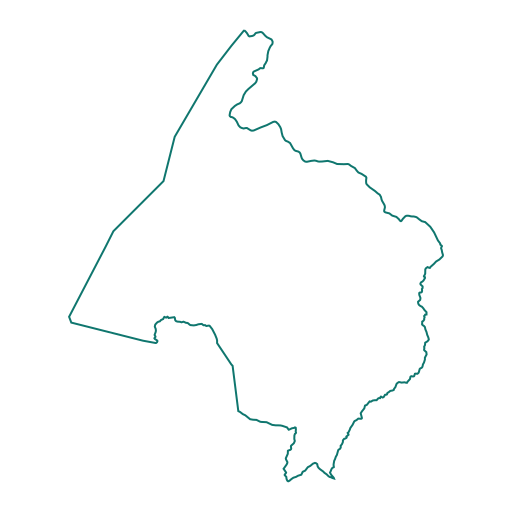 outline of Patuca, Olancho, Honduras
{"feature_id": "27666195B65375396253537", "entity_name": "Patuca", "entity_type": "district", "adm_level": 2, "iso_a3": "HND", "parent_name": "Honduras", "parent_adm1": "Olancho", "projection": "orthographic", "projection_center": [-85.91, 14.325], "detail": "fine", "context": "isolated", "style": "outline", "palette": "teal", "viewbox_px": 512, "rotation_deg": 0, "n_neighbors": 0, "source": "geoboundaries", "source_scale": "gbopen_adm2", "svg_char_len": 6076}
<svg xmlns="http://www.w3.org/2000/svg" viewBox="0 0 512 512"><path d="M143.0,340.7L155.6,343.0L156.2,342.9L157.0,342.2L157.4,341.3L157.3,340.6L154.8,338.9L154.4,338.3L154.5,338.0L155.5,336.8L155.4,336.3L154.8,335.4L154.6,334.9L155.6,332.2L155.9,330.8L155.7,328.9L154.8,326.7L155.1,325.1L155.3,324.5L157.1,322.5L158.2,321.8L159.9,321.3L160.9,320.1L163.2,319.0L164.0,317.3L164.4,316.9L166.1,317.6L166.5,317.5L167.2,316.8L167.5,316.7L167.8,316.9L168.6,318.0L174.3,317.2L174.8,317.8L175.2,320.1L175.7,320.8L176.2,321.2L177.4,321.6L180.1,321.8L181.5,322.3L183.5,321.7L186.2,322.9L187.2,322.9L188.0,323.2L189.7,324.7L190.5,325.1L193.8,325.4L196.3,325.0L198.3,324.3L201.5,323.9L202.1,324.1L202.7,324.7L203.8,325.3L205.0,325.1L206.3,326.0L208.8,325.6L209.4,325.7L209.7,325.9L212.2,329.1L215.1,334.7L216.7,338.7L217.1,340.5L217.1,343.1L231.3,364.4L232.6,365.8L238.3,411.1L240.1,412.0L242.8,414.1L245.3,415.3L250.1,419.2L252.9,419.7L256.5,419.9L259.9,421.6L261.0,421.9L266.6,422.2L272.2,424.9L275.5,425.3L280.2,425.4L282.2,425.8L287.0,427.4L288.7,429.7L289.4,429.5L291.9,428.3L294.1,427.9L294.9,427.4L295.3,427.5L295.7,427.7L295.9,429.3L295.7,431.5L296.0,432.7L295.7,433.3L294.9,433.9L294.4,435.5L294.3,439.0L294.8,440.9L294.7,441.3L293.8,443.3L291.1,445.7L290.9,446.4L291.2,448.5L291.0,449.2L290.4,449.8L288.1,450.6L287.9,450.8L287.8,453.8L285.8,458.3L286.0,459.4L287.4,462.1L287.3,463.0L286.7,464.4L283.6,468.8L286.1,472.5L285.9,473.1L284.7,474.6L284.7,475.1L286.3,476.9L286.5,478.7L286.9,479.9L287.5,480.9L288.2,481.3L289.4,480.8L291.5,479.0L293.4,477.7L296.0,476.9L298.1,475.7L301.3,474.7L302.7,471.8L305.2,470.6L307.8,467.2L310.3,465.9L312.9,463.7L314.9,462.9L316.0,463.2L317.2,464.1L317.7,466.5L318.6,467.9L320.0,469.2L323.3,471.6L324.4,472.8L326.6,474.3L328.6,476.3L329.8,477.0L331.1,477.3L332.4,478.0L334.0,478.5L333.7,477.7L331.1,474.7L330.0,472.6L331.0,470.5L331.3,469.5L331.9,468.5L332.5,467.8L333.8,467.2L333.8,466.5L333.6,465.4L333.6,464.3L334.2,460.8L335.0,459.2L335.8,456.8L336.9,454.9L338.2,450.2L338.6,449.7L339.9,448.9L340.4,448.2L340.8,447.1L340.6,445.9L342.0,444.1L342.7,442.5L342.9,441.9L342.9,440.5L343.3,439.8L344.2,438.8L345.1,438.6L346.4,437.9L346.7,437.2L346.4,436.5L348.5,434.8L348.5,434.3L347.8,433.4L347.7,432.9L348.3,432.6L349.7,429.9L350.4,427.9L352.6,424.8L354.2,421.5L354.7,421.0L356.5,420.1L358.3,418.6L361.1,418.8L361.8,418.4L361.9,417.9L360.7,413.3L361.9,411.4L364.3,408.4L365.0,405.6L365.5,405.3L366.2,405.2L366.9,404.8L369.6,401.4L370.8,401.7L372.8,400.5L374.9,400.2L376.6,400.2L378.1,398.5L378.9,398.1L380.1,398.1L380.4,397.2L381.0,396.6L382.5,397.5L383.5,397.2L383.9,396.7L385.0,394.8L386.7,394.6L387.1,394.1L387.2,393.4L387.5,392.9L388.7,392.2L390.3,390.9L392.5,390.5L393.7,390.0L394.1,388.8L395.4,387.1L396.5,384.0L397.3,383.1L398.8,382.1L399.4,382.1L401.6,382.6L404.5,382.3L406.3,382.8L407.1,382.7L407.4,381.9L410.0,379.0L410.4,376.9L410.7,376.5L411.4,376.2L412.9,376.5L413.9,376.3L414.2,376.0L414.9,373.8L415.8,373.6L417.3,373.8L418.3,373.1L418.9,372.0L419.7,369.0L420.3,368.4L421.5,367.9L422.2,367.2L422.7,365.8L422.9,364.5L424.0,362.5L424.9,359.6L424.9,357.7L426.6,354.4L426.3,352.1L424.2,350.2L424.1,349.3L424.4,348.0L424.1,346.9L425.0,345.0L425.2,342.7L427.5,341.3L428.6,339.9L428.8,339.3L428.3,337.4L427.2,334.8L426.5,332.0L425.4,329.4L424.9,327.1L424.1,326.1L422.5,325.0L422.0,324.1L422.2,323.3L422.2,321.6L423.4,320.8L424.2,319.6L424.2,318.3L424.6,317.3L424.1,316.1L424.7,315.6L425.1,314.7L426.5,314.5L426.5,312.2L424.3,309.8L423.4,308.4L421.9,306.7L420.4,306.0L419.1,305.0L418.4,303.9L418.1,302.8L418.1,301.7L420.1,300.0L420.4,298.7L420.4,297.8L419.3,294.9L419.2,293.1L419.7,292.6L421.3,292.4L421.8,292.0L422.1,290.9L421.9,289.0L422.6,288.0L422.6,286.4L420.7,284.6L420.4,284.0L420.4,283.5L421.0,282.4L422.5,281.5L423.5,280.5L425.0,278.0L424.9,277.1L424.5,276.7L424.0,276.6L423.9,276.2L424.8,274.7L425.2,273.6L425.3,269.4L425.8,268.4L427.5,267.1L429.4,267.9L429.9,267.9L430.4,267.0L433.9,263.9L436.1,261.5L439.4,259.5L442.5,256.5L442.9,255.6L442.9,254.8L442.2,252.5L441.7,249.9L441.1,248.3L441.3,247.3L441.9,246.4L441.8,245.8L440.3,244.6L440.2,243.5L437.9,240.4L434.1,232.4L430.3,226.8L425.2,222.1L421.8,221.2L419.3,219.4L417.0,217.5L416.0,217.0L413.9,216.5L411.1,216.4L409.3,215.9L407.8,215.7L406.3,215.8L405.3,216.3L402.9,218.8L401.5,220.8L401.1,221.1L400.6,221.1L399.8,220.5L399.0,219.3L396.4,216.9L392.2,215.6L389.4,213.4L385.5,212.4L384.6,211.9L384.2,211.3L384.2,210.3L384.9,207.5L384.8,206.1L384.4,204.9L382.0,200.7L381.5,199.3L381.0,197.0L379.7,194.7L377.6,193.3L375.1,191.1L369.7,187.3L366.7,184.3L366.2,183.2L366.1,181.8L366.1,180.1L366.4,177.8L365.9,176.7L361.6,173.9L358.4,172.5L356.7,170.6L354.9,168.1L350.8,165.8L349.2,164.5L347.9,164.0L343.9,164.2L337.1,164.0L333.1,162.3L327.8,160.9L322.2,161.5L319.6,161.6L318.2,161.5L316.1,160.8L314.4,160.5L311.1,160.9L306.8,161.8L305.2,161.6L303.4,160.4L302.0,158.7L301.5,157.4L300.4,153.7L299.7,152.5L298.4,151.6L295.5,150.8L294.4,150.1L293.0,148.3L290.1,143.1L288.2,141.8L285.8,140.8L285.0,140.1L282.6,136.1L281.7,132.6L281.1,129.2L280.3,127.2L278.4,124.2L276.1,122.0L274.8,121.6L273.2,121.9L266.9,125.1L260.8,127.4L253.7,130.5L251.9,130.7L250.6,130.3L246.9,128.0L245.4,128.1L243.6,128.5L241.8,128.0L240.3,127.3L238.6,125.5L236.8,121.7L235.1,119.2L233.4,117.8L231.9,117.1L230.9,117.0L229.9,116.2L229.6,115.5L229.7,114.5L230.2,112.0L231.4,109.2L234.8,106.0L237.2,104.4L239.8,103.3L241.1,102.1L241.8,101.1L243.7,95.1L245.9,91.5L248.5,88.9L255.2,83.2L256.3,81.7L257.1,79.0L257.0,78.2L255.4,76.1L253.2,74.9L252.9,73.3L253.2,72.2L253.9,71.5L258.6,69.4L260.3,68.1L262.8,68.3L263.5,68.1L263.9,67.1L264.2,65.3L265.8,62.9L266.4,61.5L267.0,60.6L267.5,56.8L267.5,55.3L268.3,51.1L269.8,47.6L270.7,46.0L272.3,44.1L272.6,42.9L272.6,41.6L272.1,40.5L271.4,39.4L266.9,37.2L265.2,35.7L262.8,33.0L261.7,32.2L260.4,32.0L256.2,32.9L255.6,33.2L254.3,34.9L253.5,35.5L252.1,36.0L249.4,36.4L248.6,35.9L247.0,33.2L245.4,31.3L244.8,30.8L243.8,30.7L231.4,45.8L216.9,64.6L174.7,136.8L163.5,181.1L113.4,231.2L105.6,246.7L69.1,316.8L71.3,322.6L143.0,340.7Z" fill="none" stroke="#0f766e" stroke-width="2"/></svg>